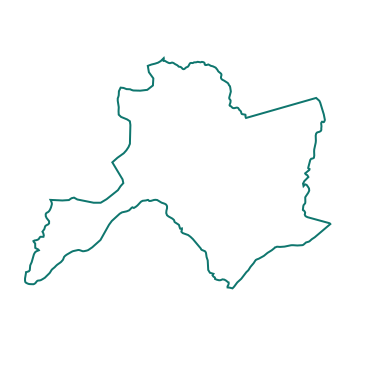 Cuvette, Natural Earth projection, rotated 14°
{"feature_id": "COG-3342", "entity_name": "Cuvette", "entity_type": "Region", "adm_level": 1, "iso_a3": "COG", "parent_name": "Republic of the Congo", "parent_adm1": "", "projection": "natural_earth1", "projection_center": [15.8, -0.78], "detail": "fine", "context": "isolated", "style": "outline", "palette": "teal", "viewbox_px": 384, "rotation_deg": 14, "n_neighbors": 0, "source": "natural_earth", "source_scale": "10m", "svg_char_len": 5727}
<svg xmlns="http://www.w3.org/2000/svg" viewBox="0 0 384 384"><g transform="rotate(14 192 192)"><path d="M334.0,189.6L322.0,206.3L319.7,208.8L317.9,211.4L317.2,212.0L314.8,213.4L314.5,213.9L312.8,216.3L311.9,216.9L307.2,218.4L302.7,219.2L301.0,219.7L295.0,222.6L290.7,224.0L287.8,224.5L287.3,224.8L286.4,225.5L285.8,225.8L285.6,226.4L283.5,229.2L280.0,232.8L277.2,236.6L273.0,240.5L271.0,241.9L270.4,242.5L270.0,243.3L269.0,246.2L266.9,250.4L265.6,254.3L264.1,256.7L260.8,264.3L257.8,268.8L255.8,273.6L254.6,275.7L251.6,275.7L249.6,276.0L249.3,275.0L249.7,273.5L249.8,272.1L249.4,270.9L249.0,270.9L246.4,269.7L244.6,269.2L242.7,269.4L241.1,270.6L239.7,271.1L237.3,271.1L235.4,270.8L235.2,270.0L234.8,269.4L233.3,268.9L232.1,267.9L232.6,266.2L228.9,266.0L226.6,263.7L223.8,254.6L221.9,251.6L220.5,248.2L220.1,247.4L219.4,246.7L218.8,246.3L215.4,245.8L214.7,245.4L214.2,244.7L204.3,237.5L201.5,235.9L198.7,234.7L192.9,234.1L191.3,233.1L191.3,230.7L191.0,229.8L190.0,230.4L189.3,230.4L188.6,229.3L187.3,227.1L186.6,226.8L182.5,225.4L182.0,224.8L181.7,224.1L181.1,223.4L179.2,222.5L175.1,221.4L173.4,220.6L172.1,218.7L171.7,216.3L171.7,213.8L171.2,211.8L170.0,210.5L168.5,210.0L165.0,209.7L160.2,208.2L158.5,208.4L157.1,208.9L154.4,210.5L153.0,211.0L152.5,211.0L151.6,210.4L151.2,210.3L150.6,210.6L149.4,211.3L146.2,212.5L144.8,213.8L142.3,218.3L141.0,220.0L139.5,221.5L139.1,221.6L138.2,221.3L137.8,221.3L137.1,222.2L136.0,224.1L135.4,225.0L133.4,226.5L129.0,228.7L127.1,230.6L121.2,239.5L119.4,243.9L114.8,260.7L108.6,269.8L105.3,273.5L103.9,274.4L101.4,275.6L100.3,275.9L96.9,275.6L96.1,275.7L95.4,275.9L91.0,278.1L89.8,279.0L85.5,283.2L84.3,284.7L83.6,286.0L83.3,288.4L83.1,289.2L81.9,291.5L81.2,292.4L78.8,295.2L78.0,296.4L76.9,298.3L75.2,300.6L74.7,301.4L73.7,304.5L73.4,305.2L69.9,310.9L67.8,313.0L66.5,314.2L65.0,314.9L64.0,315.2L63.4,315.7L62.9,316.4L62.2,318.1L61.9,318.5L61.6,318.9L61.0,319.5L60.3,319.9L56.9,320.6L56.3,320.7L55.5,320.7L54.1,320.5L52.7,320.1L52.0,319.6L51.4,318.3L50.9,316.2L50.5,310.7L50.3,310.0L50.5,309.9L52.9,308.4L53.5,307.0L52.8,302.5L52.9,301.6L53.4,299.0L53.7,290.7L54.3,288.5L55.4,287.1L57.5,285.6L56.8,285.0L54.9,284.6L53.4,284.1L52.3,279.9L50.6,278.7L50.0,278.0L50.8,277.2L52.6,276.4L53.4,275.9L54.3,275.2L54.9,274.2L55.2,273.0L55.8,272.1L58.7,271.4L58.7,269.9L57.7,268.0L56.5,266.7L57.7,263.7L57.8,261.2L58.1,260.2L59.2,259.1L60.3,258.2L60.9,257.0L60.4,254.9L57.3,252.5L56.0,250.9L55.4,248.9L55.7,247.8L56.3,247.1L57.1,246.4L57.7,245.6L58.2,244.5L58.5,243.5L58.9,241.2L59.0,237.9L58.8,237.0L58.1,235.7L56.6,233.9L68.2,231.6L74.5,229.6L76.6,227.2L78.9,226.0L82.5,227.0L99.3,226.2L106.0,224.5L110.9,219.6L119.7,208.1L121.3,203.6L123.2,200.0L121.6,196.6L107.5,182.5L111.4,176.8L116.4,170.9L118.2,167.5L119.5,163.9L120.1,160.3L116.0,141.9L114.6,138.4L111.6,137.3L105.0,136.3L102.2,134.7L101.2,131.4L100.4,127.4L97.9,121.5L97.3,119.2L97.5,117.5L97.5,115.8L96.7,111.9L97.5,108.0L100.4,107.6L103.6,108.0L107.1,107.3L108.8,107.6L110.4,107.7L117.3,106.2L123.9,103.7L128.3,98.1L127.0,91.1L121.2,86.2L118.6,80.3L121.7,78.2L125.1,76.4L127.8,74.7L130.0,72.5L132.2,68.9L132.3,69.1L132.4,69.5L132.4,69.8L132.2,70.7L132.2,71.2L132.4,71.6L132.8,71.7L133.5,71.4L133.9,71.3L136.7,72.1L138.3,72.4L138.9,72.4L139.5,72.3L140.3,71.9L140.8,71.5L141.3,71.3L142.0,71.2L143.1,71.4L144.4,71.9L145.0,72.1L146.0,72.3L147.1,72.6L147.5,72.8L148.0,73.0L148.3,73.3L148.6,73.5L149.1,73.6L149.6,73.5L150.5,73.4L151.4,73.7L152.0,74.0L152.8,74.6L153.2,74.8L153.8,74.9L154.3,74.8L154.9,74.4L156.1,72.7L156.4,72.4L157.5,71.6L157.8,71.2L158.0,70.7L158.2,70.2L158.6,68.6L158.9,67.7L159.1,67.5L159.3,67.3L159.5,67.2L159.8,67.0L160.2,66.9L161.2,66.8L161.7,66.6L161.9,66.4L162.4,65.9L162.8,65.7L163.3,65.5L164.1,65.3L164.7,65.1L165.1,64.9L165.8,64.4L166.2,64.3L168.9,64.1L169.1,64.0L169.7,63.6L170.0,63.4L170.5,63.3L171.5,63.3L172.2,63.4L172.9,63.8L173.2,64.2L173.3,64.8L173.6,65.2L174.0,65.5L174.6,65.5L175.5,65.2L176.0,64.9L176.8,64.4L177.1,64.3L177.5,64.4L179.7,65.0L181.9,65.0L184.8,65.6L185.4,66.0L185.7,66.3L186.1,66.6L186.5,66.8L186.9,67.1L187.5,67.8L187.8,68.1L188.5,68.7L188.9,68.9L190.7,69.7L191.6,70.2L191.9,70.5L192.1,70.9L192.3,71.4L192.3,73.3L192.4,73.9L192.6,74.4L192.9,74.8L193.2,75.1L193.6,75.4L194.2,75.7L196.3,76.2L200.1,77.5L200.5,77.7L200.9,78.0L202.1,79.4L203.2,80.2L203.7,81.1L205.3,84.9L205.4,85.3L205.3,91.0L205.3,91.4L205.4,91.8L205.6,92.3L205.8,92.6L206.2,92.9L206.8,93.3L207.0,93.5L207.3,93.9L207.4,94.4L207.6,95.4L207.6,96.3L207.4,98.6L207.6,98.9L207.9,99.2L208.7,99.3L209.2,99.5L210.9,100.5L211.4,100.6L212.0,100.6L212.8,100.4L214.5,99.5L215.0,99.3L215.5,99.2L216.3,99.3L216.8,99.6L217.5,100.3L217.8,100.7L218.2,100.9L219.5,101.6L219.8,101.9L220.1,102.2L220.8,103.5L221.1,103.9L221.4,104.2L222.0,104.3L224.7,104.1L225.1,104.1L225.2,104.3L225.3,104.5L225.5,104.9L225.5,105.4L225.7,105.9L225.9,106.4L226.2,106.8L226.5,107.1L289.7,70.7L293.5,72.7L294.8,74.3L301.1,84.8L303.4,89.7L303.5,90.1L303.4,90.9L303.2,92.0L302.5,92.5L301.8,92.3L301.2,92.3L300.7,93.5L300.8,94.4L301.7,96.8L302.1,99.3L302.4,100.2L302.4,101.2L301.6,102.3L300.7,103.0L299.7,103.5L298.8,104.2L298.3,105.5L298.4,107.4L299.8,112.3L300.1,114.3L300.3,121.2L300.7,123.2L301.8,127.0L302.0,129.3L301.0,130.3L299.6,130.9L299.0,132.4L298.9,140.3L299.1,140.9L300.5,141.3L300.5,142.2L297.3,146.5L298.0,147.3L299.8,147.8L301.3,149.3L298.4,154.2L297.7,157.0L298.8,159.3L299.9,157.2L301.5,157.4L303.3,158.9L304.7,160.3L305.4,162.3L305.0,164.5L303.3,169.2L303.2,169.9L304.4,174.3L304.5,175.6L303.5,177.6L303.4,178.7L303.9,182.5L304.2,182.8L304.8,182.8L305.6,183.3L306.2,183.9L306.5,184.2L306.8,184.7L306.9,186.7L307.8,187.8L308.7,188.2L310.3,188.5L332.7,189.0L333.7,189.3L334.0,189.6L334.0,189.6Z" fill="none" stroke="#0f766e" stroke-width="2"/></g></svg>